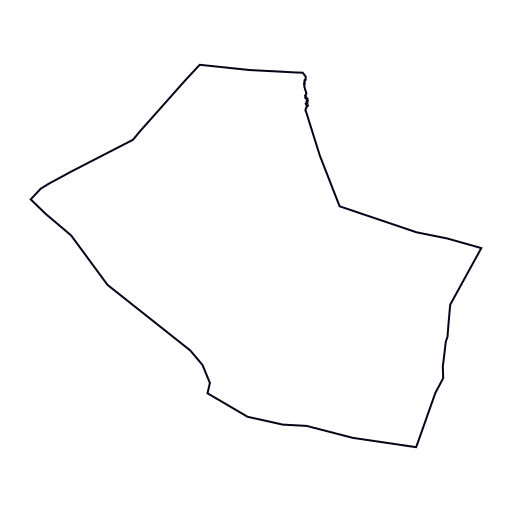 the district of Mandal-Ovoo, Ömnögovi, Mongolia
{"feature_id": "93677404B34607971050655", "entity_name": "Mandal-Ovoo", "entity_type": "district", "adm_level": 2, "iso_a3": "MNG", "parent_name": "Mongolia", "parent_adm1": "Ömnögovi", "projection": "natural_earth1", "projection_center": [104.105, 44.695], "detail": "fine", "context": "isolated", "style": "outline", "palette": "ink", "viewbox_px": 512, "rotation_deg": 0, "n_neighbors": 0, "source": "geoboundaries", "source_scale": "gbopen_adm2", "svg_char_len": 1971}
<svg xmlns="http://www.w3.org/2000/svg" viewBox="0 0 512 512"><path d="M306.5,425.9L352.9,437.9L416.1,447.2L417.5,443.5L435.4,392.8L443.2,378.2L442.8,366.4L443.6,360.4L445.8,341.7L447.5,336.8L448.5,323.8L450.2,304.7L481.3,248.1L446.9,238.4L416.5,232.3L339.6,206.3L319.8,155.5L305.9,111.2L305.5,110.7L305.4,110.2L305.6,109.8L305.7,109.3L305.8,108.8L305.8,108.6L305.8,108.3L306.0,108.1L306.3,108.0L306.5,107.8L306.6,107.6L306.5,107.3L306.5,107.0L306.7,106.7L307.1,106.4L307.5,106.1L307.9,105.7L308.0,105.4L307.8,105.2L307.6,105.2L307.0,105.3L306.6,105.3L306.4,105.1L306.2,104.5L305.9,104.1L305.7,103.7L305.8,103.4L306.1,103.3L306.5,103.3L307.0,103.2L307.4,103.1L307.5,102.9L307.4,102.7L307.3,102.3L307.1,102.0L306.8,101.5L306.6,101.2L306.8,101.0L307.1,101.0L307.5,101.0L307.8,100.9L308.0,100.7L307.8,100.3L307.3,100.0L306.9,99.8L306.7,99.5L306.8,99.3L306.9,99.0L307.1,98.8L307.4,98.5L307.2,98.3L306.9,98.1L306.3,98.1L305.7,98.2L305.4,98.1L305.3,97.9L305.2,97.6L305.3,97.3L305.5,97.0L305.7,96.8L305.9,96.6L305.8,96.4L305.5,96.2L305.2,96.0L305.0,95.8L305.0,95.6L305.2,95.4L305.4,95.4L305.7,95.2L305.9,95.0L306.0,94.7L306.1,94.1L306.2,93.8L306.3,93.6L306.4,93.3L306.4,93.1L306.1,92.8L306.0,92.3L305.9,91.6L305.7,91.0L305.2,89.8L305.0,88.9L304.9,88.3L304.7,87.8L304.5,87.5L304.4,87.1L304.4,86.8L304.4,86.3L304.4,85.9L304.3,85.6L304.1,85.2L304.1,84.7L304.3,84.5L304.4,84.3L304.7,84.1L304.8,83.8L304.8,83.7L304.7,83.5L304.4,83.4L304.2,83.4L304.0,83.2L304.3,82.6L304.6,82.4L304.8,82.1L304.8,81.9L304.7,81.6L304.5,81.2L304.4,80.8L304.4,80.5L304.6,80.2L304.9,80.0L305.2,80.0L305.5,80.0L305.7,79.5L305.7,79.2L305.6,78.7L305.5,78.3L305.7,77.8L305.8,77.4L305.7,77.1L305.6,76.5L302.7,72.7L296.6,72.5L249.0,70.0L199.7,64.8L185.1,80.5L140.6,130.6L140.1,131.1L133.1,139.7L71.9,171.2L49.0,183.6L40.8,188.6L30.7,199.4L45.9,214.1L71.1,235.4L107.5,284.9L190.3,350.5L202.5,365.0L209.9,383.0L207.5,393.3L247.6,416.8L282.7,424.6L306.5,425.9Z" fill="none" stroke="#020617" stroke-width="2"/></svg>